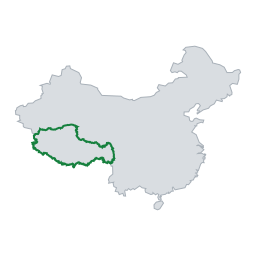 where Xizang sits in China
{"feature_id": "CHN-1662", "entity_name": "Xizang", "entity_type": "Autonomous Region", "adm_level": 1, "iso_a3": "CHN", "parent_name": "China", "parent_adm1": "", "projection": "robinson", "projection_center": [89.0, 31.884], "detail": "fine", "context": "in_parent", "style": "outline", "palette": "green", "viewbox_px": 256, "rotation_deg": 0, "n_neighbors": 0, "source": "natural_earth", "source_scale": "10m", "svg_char_len": 9122}
<svg xmlns="http://www.w3.org/2000/svg" viewBox="0 0 256 256"><path d="M150.9,194.5L145.5,192.2L145.0,189.8L145.9,188.5L142.1,187.8L139.7,185.9L134.4,189.6L133.1,188.5L130.6,190.1L128.5,188.6L127.1,190.4L125.4,189.9L124.7,191.0L125.6,196.1L123.7,195.9L122.9,193.3L119.2,194.6L118.2,192.0L115.2,191.4L116.5,187.7L113.9,186.6L113.1,183.2L113.7,182.2L108.6,183.2L109.1,181.7L108.4,179.8L109.5,176.9L112.8,174.1L112.6,166.1L111.2,166.2L110.3,163.4L108.6,161.7L107.2,163.1L103.1,162.1L104.2,160.5L103.6,159.2L102.5,159.8L103.3,158.2L102.0,157.3L99.5,159.2L96.4,157.9L91.0,161.1L88.7,164.3L85.9,165.3L83.1,163.7L77.6,162.7L73.6,167.3L72.5,163.6L68.6,164.9L64.5,163.6L63.7,164.4L62.6,163.5L62.1,164.5L60.8,162.8L58.6,162.6L58.8,161.3L55.1,159.8L54.6,158.4L52.5,158.5L46.5,153.2L44.0,153.1L42.8,154.5L35.0,148.1L33.6,148.6L33.6,145.6L32.3,142.9L35.6,143.0L33.9,135.9L34.9,134.6L32.2,132.9L31.4,129.1L24.3,127.5L23.3,126.4L23.2,123.6L17.6,121.3L20.5,120.2L19.7,119.2L19.7,115.4L15.8,114.5L15.4,110.6L16.4,110.0L16.9,107.8L20.2,105.8L23.0,105.1L23.4,106.6L25.8,106.4L28.2,103.3L32.9,103.0L35.3,100.8L41.0,98.5L40.9,95.7L42.3,94.7L41.8,93.9L43.3,93.4L41.9,89.0L42.4,86.2L40.2,85.4L47.0,83.3L50.1,84.3L50.5,82.9L49.4,82.1L52.2,74.9L58.6,76.5L61.2,75.4L62.1,69.7L65.2,68.7L66.4,66.2L69.8,65.9L70.4,68.6L78.8,72.6L81.5,77.7L80.2,82.5L81.0,84.0L90.8,85.1L97.7,88.2L97.6,89.3L101.8,95.4L121.0,96.2L123.6,98.0L129.6,99.9L132.5,99.3L132.6,100.3L134.4,100.6L140.9,97.4L150.5,96.7L154.3,95.2L156.3,92.5L159.6,90.8L157.3,87.8L158.8,84.6L165.3,86.0L168.5,83.1L172.6,82.8L175.3,79.0L178.1,78.6L178.3,77.6L187.2,77.2L186.3,75.0L181.3,71.2L178.6,71.2L177.3,72.7L175.0,71.8L172.0,72.6L170.4,70.6L173.5,62.8L178.0,64.3L182.6,61.7L181.9,60.2L184.2,54.9L186.1,52.6L185.4,50.5L183.1,49.9L185.9,47.3L194.9,46.2L202.5,48.4L205.6,51.5L212.3,61.1L212.5,62.9L219.9,64.8L224.2,67.2L227.0,72.6L232.4,72.5L234.4,70.7L238.3,69.5L239.7,70.0L240.6,72.5L238.9,74.3L238.9,79.2L237.3,84.3L232.5,83.4L229.7,85.6L232.0,92.4L231.8,94.6L229.5,95.4L230.0,96.3L227.3,94.1L227.0,96.7L224.4,98.6L221.2,98.8L222.4,100.6L222.1,101.6L216.4,100.1L214.3,103.8L210.4,105.9L208.5,108.3L203.2,109.9L197.3,113.9L197.0,113.0L199.1,112.2L199.4,110.9L197.4,110.9L197.2,110.1L200.4,105.7L198.5,103.5L196.0,103.8L193.8,106.9L190.0,109.1L188.7,111.8L184.1,112.0L184.0,115.3L189.1,117.1L189.6,120.4L190.9,121.3L192.8,121.3L194.4,118.8L196.2,118.1L199.8,119.8L203.8,120.1L202.9,122.8L201.3,122.2L197.1,123.7L196.7,126.0L194.9,125.7L195.4,126.7L191.7,132.0L196.2,134.7L199.2,142.3L203.5,145.8L203.3,146.8L198.2,144.9L196.4,145.7L199.0,145.4L203.9,149.7L200.5,152.9L198.7,152.9L197.7,153.6L201.9,153.3L205.4,155.3L203.2,157.1L205.1,157.1L205.0,158.8L203.1,158.8L204.1,159.6L203.4,161.1L204.1,162.7L202.2,162.5L200.7,164.0L198.4,170.5L196.5,169.8L197.8,171.9L196.2,173.2L194.9,172.9L196.9,173.4L197.1,176.3L195.3,176.0L195.8,177.0L194.6,177.1L193.4,179.9L190.2,180.6L191.1,181.6L188.5,184.7L186.6,184.4L185.0,187.7L175.1,189.8L173.0,187.0L172.3,187.9L173.3,191.1L171.5,191.2L169.5,193.2L168.5,192.3L168.4,193.4L166.9,192.9L165.6,194.2L160.8,195.2L159.8,197.1L161.3,199.1L160.7,200.1L158.8,199.8L157.8,197.2L158.8,194.6L157.3,193.6L155.6,194.8L152.9,192.6L153.0,193.9L150.9,194.5ZM161.9,200.9L163.5,203.1L159.8,208.8L157.6,209.8L154.2,208.4L154.0,204.8L156.3,202.1L161.9,200.9ZM203.8,147.7L202.4,147.5L201.0,146.3L202.1,146.5L203.8,147.7ZM206.1,154.4L205.1,154.6L204.8,154.0L206.1,154.4ZM197.9,175.3L197.4,176.1L197.4,175.1L197.9,175.3ZM160.3,196.8L161.3,196.4L161.2,197.0L160.3,196.8Z" fill="#d9dde1" stroke="#a8b0b8" stroke-width="1"/><path d="M35.2,139.3L34.2,138.5L34.0,138.1L34.1,137.2L33.9,136.0L33.9,135.6L34.9,135.0L34.9,134.7L34.8,134.4L35.1,134.2L35.8,133.9L36.3,134.0L36.9,133.8L37.8,134.1L38.1,134.0L38.8,132.7L38.5,131.7L39.1,131.4L39.1,130.9L39.7,130.1L40.1,129.4L40.1,128.9L40.9,129.4L42.4,129.7L42.8,129.9L43.1,129.9L43.1,129.6L43.7,129.8L44.5,129.8L45.3,130.2L46.8,129.8L47.1,129.3L48.0,128.8L48.1,128.4L48.5,128.1L49.6,128.3L50.1,128.1L50.6,128.2L50.6,129.0L51.2,129.4L51.6,129.3L53.1,129.6L54.1,129.6L54.6,129.4L55.3,129.6L56.8,128.7L57.6,128.5L58.2,128.1L59.1,127.8L59.6,127.9L60.2,127.8L60.6,128.0L60.7,128.3L61.4,127.7L62.2,127.8L62.7,127.2L63.2,126.1L64.0,125.8L64.3,125.6L65.0,125.6L65.5,125.4L67.0,125.2L67.6,124.9L68.5,125.1L69.7,124.9L70.2,124.7L71.3,124.6L72.0,124.6L72.9,124.9L73.4,124.9L74.0,125.4L74.9,125.4L76.7,126.3L76.1,126.4L75.7,126.7L76.0,127.3L77.1,127.5L76.7,128.9L76.9,129.2L76.0,129.7L75.8,130.3L76.3,131.0L76.3,131.6L77.1,131.6L77.3,132.0L76.8,132.6L77.1,133.4L77.2,134.1L77.4,134.3L77.1,135.1L76.6,135.4L76.5,135.6L77.0,136.4L77.5,136.9L77.5,137.1L77.8,137.3L77.9,137.7L78.6,138.1L78.8,138.3L78.8,138.8L79.2,139.3L79.6,139.3L80.3,139.8L81.0,140.0L81.3,140.0L81.7,139.6L82.4,139.5L82.6,139.1L83.3,139.1L83.5,139.2L83.4,139.4L84.0,140.3L84.7,140.8L85.1,140.8L85.7,141.4L86.2,141.2L86.6,141.3L86.7,141.9L87.3,141.7L88.4,141.9L88.7,141.8L89.2,141.9L89.8,141.9L89.9,142.3L90.5,142.2L91.2,142.7L91.5,142.7L91.7,142.9L92.1,142.7L92.7,142.7L92.9,142.8L93.1,143.0L94.2,143.1L94.4,142.9L95.0,142.8L95.1,142.5L95.3,142.6L96.1,142.2L96.7,142.8L97.4,143.2L97.5,143.9L98.0,144.2L98.7,144.2L98.9,144.5L99.2,144.6L99.4,145.3L99.2,145.4L99.1,145.6L99.3,146.2L99.6,146.5L100.3,146.5L100.6,146.5L100.8,146.8L101.9,146.7L102.1,146.8L102.4,147.5L102.6,147.3L102.5,146.7L102.2,146.3L102.4,146.0L102.9,145.8L103.5,146.5L104.7,146.8L104.8,146.6L104.6,146.2L104.8,145.8L104.5,145.5L105.6,145.3L106.1,145.3L106.3,145.1L106.6,145.0L106.6,144.8L106.5,144.6L106.6,144.2L107.1,144.0L107.1,143.6L106.8,143.4L106.9,143.0L107.8,143.1L108.0,143.3L108.3,142.8L109.5,143.2L110.3,143.7L110.3,144.2L111.3,145.4L111.2,146.2L111.8,146.9L111.9,147.2L113.1,148.4L112.6,149.0L112.2,148.6L112.0,149.2L112.4,149.4L112.8,150.1L112.8,150.6L113.5,151.3L113.3,151.6L113.5,152.6L113.7,154.0L113.9,154.5L114.0,155.1L113.8,155.6L113.7,156.3L114.0,156.8L114.1,157.9L114.3,158.3L113.7,158.5L113.9,159.2L113.5,159.6L113.5,159.8L113.7,160.0L113.3,160.2L113.0,159.4L112.4,159.6L112.4,160.0L112.6,160.6L112.2,160.9L112.5,162.0L112.2,162.6L111.7,163.0L111.1,162.4L110.9,163.0L110.4,163.4L109.9,163.1L109.9,162.8L109.5,162.4L109.0,162.4L108.7,161.8L108.6,161.7L108.4,161.8L108.1,161.6L107.7,162.3L107.7,162.7L107.2,163.1L106.4,162.4L105.8,162.5L104.8,162.0L104.2,162.0L103.4,162.3L103.2,162.1L103.3,161.8L103.9,161.1L103.9,160.9L104.3,160.7L103.7,159.4L103.4,159.2L102.9,159.6L102.7,159.7L102.6,158.9L102.7,158.7L103.2,158.6L103.3,158.2L103.2,158.1L102.8,158.3L102.6,158.1L102.4,157.7L102.2,157.7L101.3,157.9L101.1,157.7L100.9,157.8L100.8,158.4L100.2,158.2L100.0,158.4L100.0,158.7L99.9,159.1L99.4,159.2L98.8,159.1L98.7,159.0L97.9,158.7L97.0,158.6L96.7,158.1L96.3,157.9L96.0,158.4L95.5,158.4L95.3,158.7L95.1,158.7L95.0,158.9L95.3,159.3L94.9,159.7L94.6,159.7L93.9,160.1L93.7,160.9L93.4,160.8L91.8,160.9L91.3,161.2L91.1,161.6L90.7,162.0L90.9,162.2L90.8,162.5L89.9,162.8L89.3,163.2L89.1,163.2L88.7,163.4L88.6,163.8L88.8,163.8L89.0,164.1L88.8,164.5L88.3,164.8L87.7,164.9L87.6,164.7L87.5,165.0L87.3,164.9L87.2,165.1L87.0,164.7L86.3,165.2L86.0,165.2L85.8,165.4L85.5,165.3L85.3,165.0L85.0,165.0L84.8,164.8L84.5,164.8L84.6,164.4L83.7,164.1L83.2,163.6L82.8,163.7L82.2,164.2L81.7,163.9L80.7,163.6L79.9,163.7L80.0,163.5L80.4,163.1L79.6,162.7L79.2,162.8L78.9,162.4L78.7,162.6L78.3,162.5L77.7,162.6L77.1,163.2L76.3,163.4L75.8,163.9L75.4,164.7L75.0,165.0L74.6,165.9L74.3,165.9L74.0,166.3L73.9,166.7L74.0,167.2L73.9,167.3L73.6,167.3L73.1,166.7L73.0,166.2L73.3,165.7L73.5,164.8L73.3,164.4L73.3,164.1L72.5,163.6L71.6,164.2L70.5,164.3L70.5,164.5L69.4,164.5L69.0,165.0L68.4,165.0L68.2,164.8L67.5,165.0L67.6,164.8L67.5,164.7L67.2,164.9L66.7,164.9L66.1,164.3L65.7,164.3L65.4,164.0L65.0,164.0L65.0,163.7L64.8,163.6L64.5,163.7L64.3,163.6L64.1,164.3L63.8,164.5L62.9,164.1L62.8,163.7L62.8,163.4L62.7,163.3L62.4,163.7L62.5,164.4L62.3,164.6L62.0,164.6L61.5,163.4L61.0,163.0L60.9,162.5L60.5,162.9L59.8,162.7L59.6,162.9L58.5,162.6L58.4,162.0L58.7,161.6L58.8,161.3L58.3,161.1L57.8,161.6L57.4,161.5L56.8,161.2L56.6,160.8L55.9,160.6L55.7,160.1L55.1,159.9L55.0,159.7L55.1,159.3L54.9,159.1L54.7,158.7L54.8,158.5L54.6,158.4L54.5,158.2L53.8,158.0L53.0,158.3L52.7,158.7L52.3,158.5L52.2,158.2L51.8,157.7L51.6,157.2L51.3,157.2L51.3,156.9L50.9,156.5L50.6,156.5L50.1,156.3L49.8,156.2L49.6,156.3L49.0,155.7L48.7,155.5L48.4,155.1L47.5,154.6L46.9,154.4L46.8,154.1L46.9,153.9L46.6,153.6L46.7,153.2L45.4,153.0L44.8,152.8L44.5,152.9L44.4,153.2L43.9,153.0L43.7,154.0L43.4,154.1L43.4,154.3L43.2,154.7L42.7,154.6L42.2,153.5L41.5,153.2L41.3,152.9L40.8,152.6L40.4,152.5L39.4,152.1L39.1,152.1L39.2,151.9L39.1,151.6L39.3,151.3L39.1,151.0L38.7,151.0L37.8,150.2L37.4,150.1L36.8,150.3L36.4,150.0L36.1,149.9L36.0,149.5L35.5,148.9L35.5,148.5L35.1,148.0L34.9,147.9L34.2,148.8L33.6,148.6L33.6,147.9L33.4,147.6L33.9,147.2L33.5,146.9L33.3,146.4L33.6,145.5L33.3,145.2L32.8,144.4L32.6,144.3L32.6,143.4L32.3,142.8L33.3,142.6L33.7,142.4L33.8,143.2L34.5,143.7L35.0,143.6L35.2,143.1L35.9,142.9L36.0,142.6L36.3,142.9L36.5,142.9L37.2,141.9L36.4,140.8L36.1,140.7L36.4,140.5L36.3,140.1L36.5,139.9L36.6,139.5L36.5,139.4L35.2,139.3Z" fill="none" stroke="#15803d" stroke-width="2"/></svg>